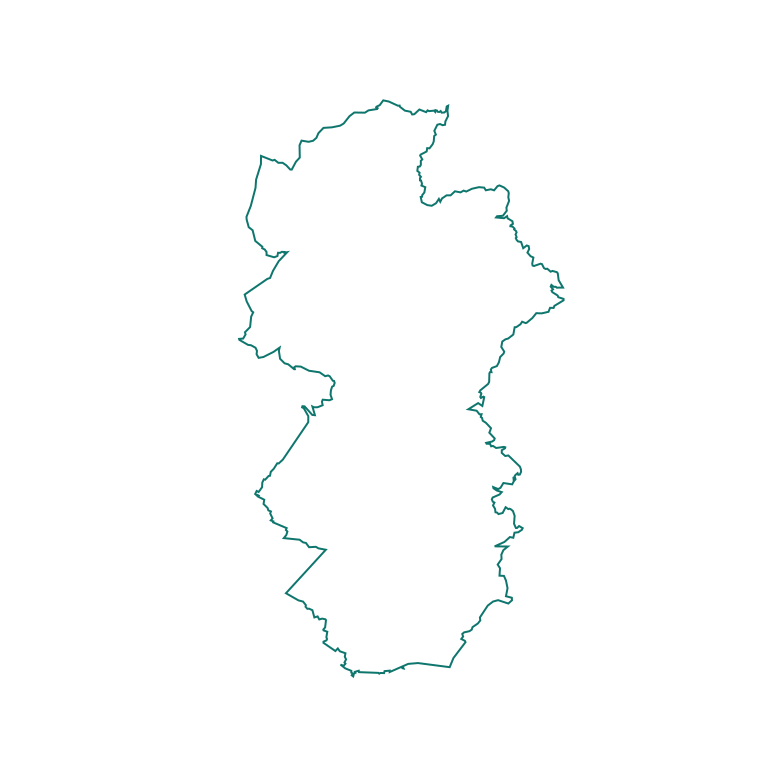 outline of Gómez Farías, Jalisco, Mexico, rotated 293°
{"feature_id": "50627088B14900923212728", "entity_name": "Gómez Farías", "entity_type": "district", "adm_level": 2, "iso_a3": "MEX", "parent_name": "Mexico", "parent_adm1": "Jalisco", "projection": "albers", "projection_center": [-103.412, 19.86], "detail": "fine", "context": "isolated", "style": "outline", "palette": "teal", "viewbox_px": 768, "rotation_deg": 293, "n_neighbors": 0, "source": "geoboundaries", "source_scale": "gbopen_adm2", "svg_char_len": 6166}
<svg xmlns="http://www.w3.org/2000/svg" viewBox="0 0 768 768"><g transform="rotate(293 384 384)"><path d="M232.4,308.4L231.7,310.4L232.4,310.7L232.3,312.4L231.1,312.2L230.7,319.0L226.5,320.0L224.4,325.3L222.5,326.9L222.5,329.7L220.4,329.8L216.8,333.9L214.2,333.1L214.3,335.9L213.3,336.0L213.3,350.7L211.3,350.7L210.5,352.7L206.9,353.1L203.0,352.0L207.7,367.2L206.6,371.4L207.2,374.2L204.5,378.8L207.5,384.9L207.1,387.9L208.7,395.2L153.1,375.5L151.4,389.8L152.1,394.5L149.9,398.5L148.3,398.8L147.1,401.3L147.9,402.8L147.8,406.5L141.9,411.1L144.1,413.7L142.0,416.4L143.9,418.8L144.5,422.0L143.9,422.9L136.9,424.9L134.3,424.1L133.6,424.6L133.8,428.6L128.4,429.9L127.0,431.2L125.5,431.2L123.2,429.0L122.1,429.4L119.2,443.6L122.5,444.8L120.7,447.8L121.1,453.7L117.6,454.5L115.7,456.7L112.2,456.4L111.5,457.8L108.9,457.0L108.7,453.6L107.1,459.4L107.2,466.0L105.5,466.7L105.3,468.6L103.3,468.1L102.8,469.9L106.0,469.5L106.9,470.5L107.7,469.7L110.2,472.8L109.0,473.6L115.9,491.7L115.5,492.8L116.6,493.6L117.9,497.0L119.9,496.7L122.4,501.3L121.1,501.8L130.9,511.0L129.6,511.9L129.8,513.2L131.4,511.5L135.8,515.6L140.4,524.3L149.0,555.1L158.9,555.0L178.2,559.9L179.2,558.8L179.5,554.8L182.4,555.5L184.5,553.7L186.7,554.8L189.8,559.2L192.1,560.7L194.8,560.5L200.3,564.0L204.0,565.0L206.6,563.5L220.6,566.1L226.4,569.4L229.6,573.5L230.5,584.2L234.9,586.3L237.2,585.2L236.3,579.2L244.3,577.5L250.7,573.1L254.2,569.4L252.7,565.2L259.7,562.8L262.2,559.2L268.8,560.6L272.7,558.7L277.7,558.8L282.8,561.5L277.8,549.3L285.7,556.6L292.3,559.7L293.0,563.1L298.1,562.2L300.0,565.5L303.7,567.9L305.5,568.0L306.0,563.8L303.4,562.7L303.0,561.6L306.2,558.3L313.6,555.8L317.4,552.4L318.2,549.9L318.3,548.3L317.4,547.3L318.1,544.1L311.6,543.6L309.0,540.2L309.8,538.4L309.5,536.7L312.5,535.0L314.8,531.8L318.0,532.0L318.2,530.1L320.0,528.3L322.0,528.4L327.5,533.6L330.5,534.6L330.0,529.5L330.8,525.5L331.8,524.8L331.9,530.2L334.0,531.8L339.5,532.6L341.7,541.2L345.1,541.5L349.1,539.4L346.8,542.0L347.7,542.3L350.1,540.3L351.5,540.5L354.1,541.8L352.9,543.1L353.7,544.4L356.7,544.5L358.9,543.4L361.1,541.3L366.8,526.4L365.1,523.7L366.6,519.3L369.1,518.3L372.1,520.5L373.1,520.4L373.0,519.0L368.9,512.2L369.6,508.5L368.5,507.0L370.4,505.0L369.1,501.8L369.7,501.0L373.3,506.0L375.3,507.3L377.1,507.2L380.3,500.0L385.1,499.8L388.1,493.0L388.8,489.2L391.1,487.5L391.4,486.0L394.3,485.6L393.4,483.8L395.6,479.7L393.7,471.5L403.2,478.1L402.2,483.1L411.1,481.4L411.2,480.4L409.0,478.7L409.7,477.7L413.1,477.4L413.8,476.6L413.8,474.9L415.7,475.1L424.7,479.8L427.0,480.0L435.1,476.8L436.5,477.0L436.9,478.3L439.1,476.7L441.0,477.1L444.6,480.9L448.9,481.3L454.2,480.4L458.8,482.2L460.8,482.0L463.9,477.5L469.3,476.3L472.7,478.4L474.3,480.5L480.1,483.7L487.3,482.1L488.1,483.6L492.4,486.3L495.3,486.8L495.4,490.5L496.1,491.4L502.7,494.8L508.7,496.5L510.6,501.5L514.7,507.2L519.0,507.1L520.3,510.4L522.5,510.3L531.2,516.6L532.5,516.0L532.0,510.5L533.3,509.3L534.3,503.1L535.4,501.7L537.2,502.6L538.8,499.4L540.6,499.4L539.8,502.2L540.6,504.1L540.2,505.4L542.7,511.1L547.8,504.2L553.8,500.7L554.5,499.4L553.9,494.9L552.5,493.5L553.9,489.2L553.0,487.8L553.2,486.0L556.1,482.5L555.9,481.1L551.2,475.9L551.1,474.5L552.7,473.4L558.8,472.1L558.9,469.0L561.0,464.7L565.0,464.9L567.4,463.3L567.3,461.3L563.4,459.1L568.3,454.7L567.6,451.6L568.4,449.9L569.8,448.3L571.0,448.7L573.0,446.7L575.4,446.8L576.5,445.6L577.1,443.4L578.1,443.4L579.1,440.8L578.6,438.7L579.5,438.5L581.8,440.1L584.0,438.6L584.8,433.1L586.6,431.7L583.5,429.7L581.1,422.1L582.6,422.5L585.3,427.7L591.5,429.3L594.1,427.8L601.4,427.6L604.6,425.4L608.4,424.3L610.0,423.0L611.8,417.7L611.9,412.7L610.5,411.2L605.3,409.7L605.0,406.3L602.1,402.0L603.9,399.5L602.3,394.5L598.1,388.7L593.3,384.5L593.1,381.7L590.3,379.6L589.1,374.0L583.7,371.6L582.1,367.9L577.5,364.9L573.7,364.6L575.8,362.2L570.8,361.3L566.7,358.3L565.6,353.9L566.1,347.8L570.5,344.7L571.3,345.9L572.8,345.4L576.1,346.3L581.3,345.1L581.3,340.9L583.1,340.8L585.8,338.6L585.5,337.6L587.2,336.8L588.8,336.6L588.8,337.8L590.3,334.6L592.4,334.2L593.2,331.4L597.2,330.3L598.2,332.0L600.1,332.3L603.8,330.7L605.7,331.5L608.4,328.0L609.5,328.1L614.7,332.4L618.0,331.6L618.7,333.8L623.8,335.1L626.7,335.0L631.9,333.3L633.8,334.3L636.7,331.4L643.5,331.8L645.2,334.0L645.1,336.8L646.5,338.9L649.7,337.9L655.6,338.3L660.4,335.6L665.2,334.3L664.0,333.3L659.2,334.4L657.4,333.3L656.3,331.0L657.4,329.5L656.0,328.6L655.5,326.8L656.4,326.0L656.2,324.4L654.5,324.7L655.2,323.3L652.8,318.9L652.9,317.2L650.7,316.6L650.5,309.3L644.2,306.5L643.1,304.6L645.0,302.2L643.8,296.4L645.4,290.3L646.4,289.6L645.6,288.1L645.9,278.1L644.8,272.5L639.0,271.1L636.3,268.7L635.6,268.7L635.4,270.4L634.5,270.3L629.8,262.8L626.3,260.4L622.3,250.6L617.1,247.6L608.0,245.1L604.6,242.6L600.0,235.9L596.1,228.2L589.2,225.6L584.2,225.6L580.2,223.7L577.5,220.0L575.8,213.0L570.7,213.0L559.5,218.0L554.2,216.1L545.3,215.3L544.8,213.8L547.1,208.7L548.0,204.3L546.3,200.3L547.6,195.7L546.2,194.1L545.9,181.7L538.3,184.8L522.2,186.4L514.3,189.1L495.9,191.8L484.1,192.1L481.6,193.4L475.5,198.2L474.2,203.0L465.4,209.6L462.8,218.4L461.4,218.8L461.2,221.7L459.6,224.3L456.8,225.5L457.7,233.3L460.1,235.9L463.4,235.2L464.2,237.2L465.7,238.3L466.7,240.9L466.0,241.1L467.5,243.4L455.9,239.1L444.8,237.6L437.1,237.7L435.1,235.5L411.9,220.8L406.3,225.4L399.4,233.7L398.9,235.6L394.1,235.4L384.1,238.5L377.3,235.8L375.5,237.2L370.8,236.6L368.9,233.0L368.1,233.6L366.9,243.6L367.7,246.4L367.2,251.5L364.9,254.1L361.6,255.1L359.1,258.4L361.7,262.4L370.3,269.7L376.7,273.7L373.4,274.3L366.6,278.5L364.2,284.4L364.7,288.2L362.5,295.5L362.8,296.1L364.4,294.9L365.8,295.8L367.5,300.6L366.9,309.8L369.6,320.1L368.2,326.8L370.0,329.2L369.9,331.0L367.0,335.6L367.3,336.8L365.7,338.2L362.6,338.4L361.3,337.3L357.5,337.6L353.2,339.0L349.7,342.1L347.7,340.1L345.6,333.7L343.5,333.8L340.5,335.8L336.7,332.0L335.2,328.6L335.3,326.9L328.3,332.6L327.5,330.1L332.4,319.6L331.7,317.6L330.5,317.7L330.4,319.6L324.8,326.9L319.2,329.2L274.8,320.4L269.7,318.1L269.3,316.7L263.1,315.7L258.9,314.1L255.0,314.9L254.2,313.7L249.5,312.0L249.3,310.6L245.7,310.5L241.4,312.1L235.6,310.8L235.8,308.6L232.4,308.4Z" fill="none" stroke="#0f766e" stroke-width="2"/></g></svg>